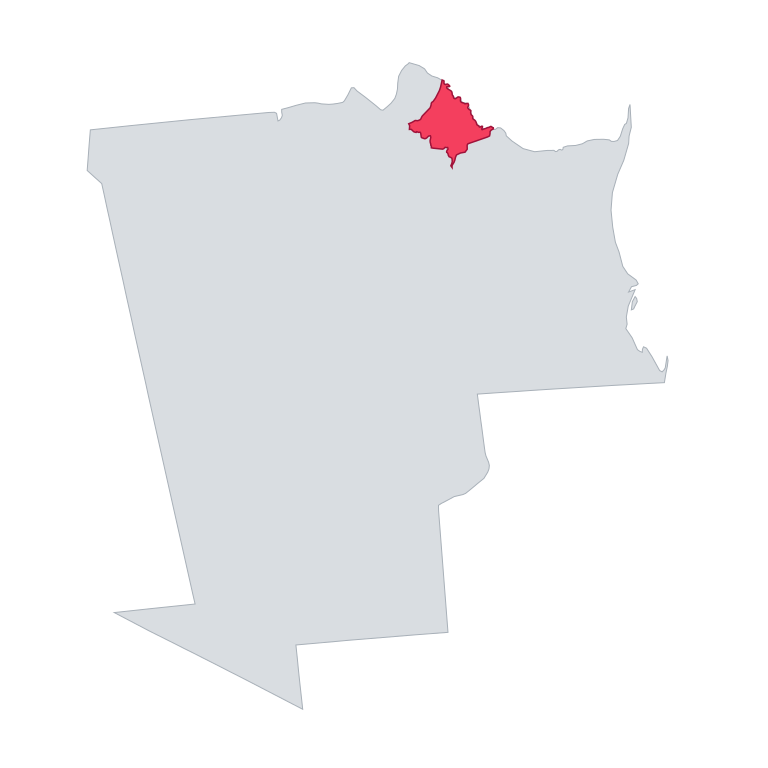 Mauritania, with Gorgol highlighted, rotated 176°
{"feature_id": "MRT-2791", "entity_name": "Gorgol", "entity_type": "Region", "adm_level": 1, "iso_a3": "MRT", "parent_name": "Mauritania", "parent_adm1": "", "projection": "orthographic", "projection_center": [-12.986, 15.995], "detail": "fine", "context": "in_parent", "style": "filled", "palette": "rose", "viewbox_px": 768, "rotation_deg": 176, "n_neighbors": 0, "source": "natural_earth", "source_scale": "10m", "svg_char_len": 5985}
<svg xmlns="http://www.w3.org/2000/svg" viewBox="0 0 768 768"><g transform="rotate(176 384 384)"><path d="M327.8,699.6L326.7,699.2L321.5,695.5L319.0,691.2L314.8,687.9L309.1,685.7L305.4,683.2L303.7,680.4L301.6,678.5L299.3,677.6L299.1,676.5L299.6,675.2L299.1,672.6L295.8,666.8L292.6,664.2L290.0,664.6L288.5,663.9L287.6,662.6L287.2,660.8L285.4,659.2L282.2,658.5L279.7,654.2L277.8,646.4L275.3,640.3L272.3,635.9L270.1,634.3L268.5,634.0L268.0,633.3L267.5,632.0L265.2,631.6L261.8,632.9L258.8,632.4L257.4,630.3L255.3,630.1L252.7,631.8L249.8,631.3L246.7,628.5L245.0,625.7L244.7,623.0L239.3,617.4L228.8,609.1L217.5,605.2L205.1,605.6L198.2,605.2L196.7,603.9L195.2,604.0L193.6,605.4L192.0,605.8L190.3,604.9L189.2,605.5L188.7,607.6L184.4,608.7L176.1,608.6L169.4,609.8L164.3,612.3L157.1,613.3L147.8,612.8L142.2,611.8L140.3,610.2L137.6,609.9L134.1,610.6L131.0,614.6L128.1,621.9L125.8,626.1L124.0,627.1L122.0,632.5L120.8,641.7L119.1,645.7L119.4,622.8L122.2,614.3L123.2,606.8L129.2,590.4L136.2,576.9L142.8,559.0L145.4,541.6L144.9,524.5L143.3,509.3L140.3,499.2L137.6,484.7L133.2,476.9L125.2,470.1L123.4,466.2L125.4,464.7L130.3,463.8L133.6,458.7L126.9,460.6L134.9,444.7L137.6,433.9L137.3,426.7L138.9,422.4L133.2,412.7L128.8,400.6L126.5,398.7L124.1,397.6L123.8,400.5L122.5,403.0L119.6,401.4L114.8,392.6L108.1,378.2L105.7,376.7L103.6,378.6L102.3,380.5L99.6,392.3L99.0,387.6L100.1,382.0L102.0,375.2L104.2,365.8L110.3,365.9L121.2,366.1L142.9,366.4L153.8,366.6L175.6,366.8L186.4,366.9L208.2,367.1L219.1,367.2L240.9,367.3L251.8,367.3L273.5,367.4L284.4,367.4L291.6,367.4L291.2,360.6L290.9,355.3L290.4,348.1L290.0,340.9L289.5,333.8L289.1,327.1L288.7,320.4L288.3,314.1L287.9,308.4L287.3,305.1L285.1,298.6L284.6,295.4L285.2,292.0L286.7,288.8L290.9,282.9L297.3,278.4L304.6,273.1L310.2,269.2L313.0,268.2L321.8,266.8L328.6,263.7L335.3,260.8L338.1,259.2L338.4,253.6L337.5,131.8L370.0,131.6L378.5,131.5L438.2,130.8L446.7,130.6L490.1,129.8L489.9,124.1L489.6,115.9L489.3,104.6L488.9,93.3L488.1,73.5L487.8,65.2L496.5,70.5L514.0,81.2L522.7,86.5L540.2,97.2L557.8,107.8L575.4,118.4L584.3,123.7L593.1,129.0L602.0,134.2L610.8,139.5L628.6,150.0L636.0,154.4L647.5,161.5L658.2,168.1L669.0,174.8L653.0,175.4L631.6,176.2L616.9,176.7L601.9,177.2L587.8,177.7L589.6,189.1L591.5,201.6L593.4,214.1L595.3,226.6L597.2,239.1L602.9,276.6L604.8,289.2L606.7,301.7L608.6,314.3L610.5,326.8L614.3,351.9L616.2,364.5L618.1,377.1L620.0,389.7L621.8,402.3L623.7,414.8L627.5,440.0L629.4,452.6L631.2,465.2L633.1,477.8L635.0,490.4L636.8,503.0L638.7,515.7L640.6,528.3L644.3,553.5L646.1,566.1L648.0,578.7L649.8,591.4L651.6,603.6L657.6,609.8L665.2,617.7L663.5,629.2L661.5,643.0L659.2,658.0L639.0,658.7L619.1,659.4L569.3,660.9L559.3,661.2L509.4,662.3L499.4,662.5L480.1,662.9L474.3,662.7L472.3,661.5L471.4,653.8L469.7,654.4L467.7,656.7L466.7,659.1L467.1,662.4L466.9,665.1L460.5,666.3L451.8,668.2L442.7,669.8L433.4,669.4L430.3,668.8L426.9,667.8L419.5,666.8L415.5,666.8L410.9,667.1L405.6,667.8L403.8,669.2L399.8,675.0L395.9,681.7L393.3,681.7L390.4,678.1L382.4,671.2L372.6,662.2L368.2,657.8L365.9,657.2L361.3,660.5L357.4,663.6L353.3,668.1L351.4,672.3L350.0,677.3L349.3,683.2L347.9,690.0L344.5,695.6L340.6,699.8L337.6,701.7L336.5,702.8L327.8,699.6ZM130.5,448.8L127.4,453.7L126.0,451.7L125.6,448.5L128.4,443.9L129.7,441.5L132.1,440.7L130.5,448.8Z" fill="#d9dde1" stroke="#a8b0b8" stroke-width="1"/><path d="M259.6,633.5L259.3,633.4L259.1,633.4L258.8,633.1L258.7,633.0L258.4,632.9L258.2,632.7L257.9,632.3L257.4,632.1L257.1,632.0L257.0,631.4L257.2,630.8L258.2,630.4L259.6,629.6L260.6,628.4L260.8,626.2L261.4,624.1L263.5,623.2L283.5,617.8L284.4,616.5L284.6,612.4L287.0,609.6L291.6,609.1L295.7,607.5L296.9,605.1L297.7,602.4L298.6,600.4L300.9,597.1L301.0,595.2L302.1,597.0L301.1,599.0L300.4,601.1L300.4,603.4L300.6,604.6L301.7,605.4L303.2,606.2L303.9,607.7L304.1,609.0L304.5,610.1L305.3,610.7L305.3,611.7L304.7,612.9L303.8,613.7L303.8,614.6L304.0,615.5L304.6,615.5L305.5,615.5L306.1,615.8L306.8,615.7L307.9,614.6L309.1,614.2L318.4,615.8L320.3,616.3L320.2,617.9L320.6,618.7L320.7,620.5L321.0,621.3L321.1,623.4L320.1,626.9L320.4,628.4L322.3,628.2L324.1,626.6L325.0,626.1L326.0,625.8L326.9,626.0L327.7,626.5L328.8,626.8L329.6,627.6L329.9,631.7L330.5,632.7L332.2,632.6L333.0,633.1L333.8,633.4L334.0,633.1L334.4,632.7L336.5,633.4L338.3,635.2L338.8,636.0L339.8,636.2L340.9,636.2L340.4,639.9L341.2,641.9L337.7,643.1L334.5,644.7L332.0,644.3L329.8,645.0L328.7,645.9L328.1,647.2L327.1,648.7L318.7,656.3L317.6,658.9L317.2,660.9L316.4,661.8L315.3,662.4L312.6,665.7L308.3,672.8L306.9,676.1L304.8,683.2L304.4,682.9L303.2,682.5L303.1,682.3L303.0,681.9L303.0,681.5L303.2,680.2L303.2,679.7L303.1,679.4L302.8,679.0L302.4,678.7L301.9,678.5L301.4,678.5L300.3,678.8L299.8,678.8L299.4,678.6L299.0,678.3L297.9,677.1L297.6,676.5L298.1,676.1L299.7,676.3L300.6,676.2L300.8,675.4L300.5,674.6L299.9,674.0L296.9,671.9L296.3,671.3L295.9,670.5L295.8,669.7L295.7,668.0L295.7,667.6L295.4,667.2L294.9,666.5L294.8,666.2L294.6,664.8L294.4,664.3L294.1,664.0L293.3,663.6L292.6,663.7L291.8,664.1L291.2,664.6L290.5,665.1L289.7,665.2L288.2,664.8L288.0,664.6L287.8,664.1L287.7,663.7L287.7,663.2L288.0,661.3L287.9,660.6L287.5,660.0L287.0,659.5L286.4,659.2L285.2,658.8L284.9,658.7L284.0,658.0L283.6,657.9L282.9,657.9L281.4,658.1L280.7,658.1L280.2,656.9L280.2,656.4L280.2,656.0L280.4,655.6L281.1,654.4L281.2,654.0L281.2,653.7L281.0,653.2L280.4,652.4L280.1,652.0L279.7,651.7L278.9,651.3L278.6,651.0L278.3,650.7L278.3,650.2L278.4,649.8L278.5,649.4L278.6,648.9L278.6,648.0L278.4,647.1L278.0,646.3L277.1,645.3L276.9,645.0L276.8,644.6L276.8,644.2L277.0,643.3L277.0,642.9L276.9,642.5L276.6,642.1L275.4,641.1L274.9,640.7L274.6,640.2L274.2,639.7L273.6,637.9L273.5,637.5L273.4,636.7L273.3,636.3L273.0,635.9L271.7,635.0L271.4,634.7L271.1,634.0L270.8,633.7L270.1,633.7L268.3,634.4L267.8,634.1L267.9,633.3L268.7,631.7L268.6,631.0L268.3,630.9L268.0,630.9L267.7,631.0L267.1,631.3L264.5,631.9L263.0,632.5L262.6,632.6L261.5,632.6L261.3,632.7L259.9,633.4L259.6,633.5Z" fill="#f43f5e" stroke="#9f1239" stroke-width="1.5"/></g></svg>